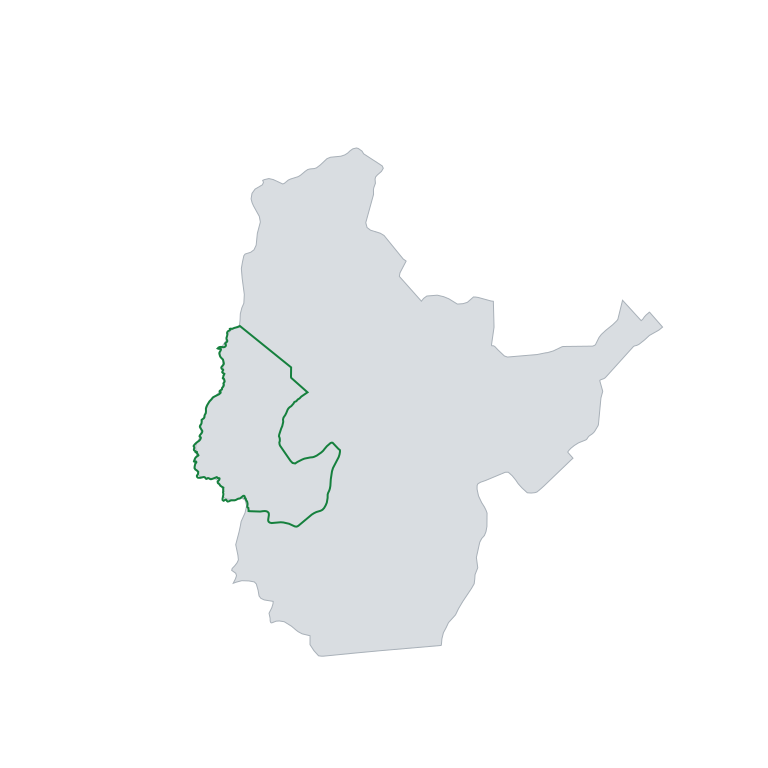 South Sudan, with Western Equatoria highlighted, rotated 48°
{"feature_id": "SDS-864", "entity_name": "Western Equatoria", "entity_type": "State", "adm_level": 1, "iso_a3": "SSD", "parent_name": "South Sudan", "parent_adm1": "", "projection": "equal_earth", "projection_center": [28.334, 5.546], "detail": "fine", "context": "in_parent", "style": "outline", "palette": "green", "viewbox_px": 768, "rotation_deg": 48, "n_neighbors": 0, "source": "natural_earth", "source_scale": "10m", "svg_char_len": 8291}
<svg xmlns="http://www.w3.org/2000/svg" viewBox="0 0 768 768"><g transform="rotate(48 384 384)"><path d="M562.6,588.2L545.6,611.3L544.3,612.7L542.2,614.5L535.3,614.5L528.2,613.4L521.6,607.4L514.9,612.0L510.7,613.5L508.2,614.0L502.2,614.8L493.9,617.2L490.1,620.3L488.1,622.8L486.4,627.3L485.6,627.8L484.0,627.2L481.9,625.4L477.4,622.8L475.2,617.1L473.1,613.6L471.4,611.8L464.3,617.5L460.9,618.9L458.0,618.7L452.9,615.5L447.2,612.7L444.3,612.8L439.9,616.2L435.0,621.3L432.4,626.4L431.2,629.4L429.4,624.8L427.8,621.9L425.4,620.8L420.6,621.9L419.5,620.3L419.2,616.3L418.5,612.7L417.3,609.9L413.6,607.2L404.2,601.7L396.9,590.6L393.2,585.5L390.6,582.2L386.8,573.5L382.5,567.5L377.2,564.8L373.8,566.1L370.2,572.5L363.5,578.5L360.5,578.8L356.5,575.5L351.6,573.2L342.7,572.2L339.0,575.0L334.2,579.6L330.1,582.4L327.6,582.7L325.2,581.6L322.6,581.0L320.3,580.9L315.5,576.7L313.0,573.6L311.4,570.6L308.7,568.6L305.6,566.9L303.3,564.3L302.2,561.0L300.5,556.7L298.2,552.9L290.9,546.1L288.7,542.0L287.2,538.1L284.3,533.7L281.1,527.9L280.1,519.4L280.0,512.5L279.3,509.3L278.0,506.2L276.4,503.5L273.9,500.4L268.0,496.0L261.9,490.9L258.9,488.0L253.4,486.9L250.1,484.0L247.3,477.5L246.2,472.4L243.4,468.4L242.2,465.5L241.5,462.2L243.7,452.1L240.5,448.5L235.7,443.8L232.3,438.7L230.2,434.1L224.0,427.9L210.6,418.7L202.8,412.8L198.6,407.5L194.9,402.3L194.5,400.2L196.9,395.0L197.3,390.8L195.3,386.1L187.3,377.3L180.9,367.5L176.0,364.5L164.3,361.8L161.0,360.7L157.5,358.9L154.0,354.5L152.9,349.4L154.6,341.1L153.5,338.6L151.5,337.9L152.1,336.1L154.3,332.1L158.0,329.5L167.6,325.4L168.2,323.9L168.4,318.7L169.2,316.2L172.5,309.0L173.0,306.2L173.2,300.1L173.6,297.2L174.6,295.2L177.3,291.6L178.2,289.5L178.6,284.8L178.4,275.6L179.7,272.0L185.9,263.6L187.5,259.9L188.1,256.5L188.0,253.1L188.4,249.8L190.2,246.5L191.8,245.5L196.2,244.5L199.3,245.1L220.7,239.4L223.2,240.2L224.3,243.6L224.2,249.0L224.5,251.6L225.7,253.5L229.1,256.1L231.4,260.4L232.6,261.9L236.1,264.9L251.9,289.6L256.4,291.9L260.7,291.1L269.4,285.9L273.7,284.6L303.9,286.1L307.3,285.3L307.5,285.4L312.1,297.8L314.3,300.6L347.5,300.8L346.9,297.3L347.3,293.3L353.1,285.7L353.9,284.8L359.1,281.2L364.1,278.8L373.7,276.0L377.2,271.5L379.1,267.4L379.2,259.3L380.4,258.0L382.7,256.1L393.8,249.0L395.7,247.4L415.4,264.2L426.4,277.4L427.1,278.1L427.7,278.3L428.2,277.8L428.7,277.2L430.1,276.6L434.8,276.5L443.7,275.8L446.6,274.2L464.5,250.6L469.0,243.0L470.1,241.5L472.7,236.1L475.4,226.9L475.9,225.9L495.4,203.7L496.1,202.0L496.3,200.6L493.3,193.1L492.6,189.4L492.5,183.5L493.0,174.5L492.8,168.8L492.5,167.2L492.4,166.9L481.4,150.7L509.0,150.5L509.0,148.5L508.9,147.8L508.4,145.9L508.1,143.3L508.1,141.8L508.2,140.5L508.2,139.8L508.1,139.1L508.2,138.8L508.3,138.6L528.1,138.9L527.9,143.5L525.5,154.3L525.6,160.8L525.1,168.2L524.4,170.4L523.4,172.2L523.1,173.1L523.1,173.9L527.4,215.4L527.1,217.1L526.0,219.7L525.8,220.5L525.7,221.2L526.2,221.6L535.3,226.1L535.8,226.4L536.1,226.8L539.5,232.1L557.6,251.8L558.2,252.8L560.1,259.0L560.3,259.9L560.4,261.4L560.4,262.6L559.9,266.3L560.1,268.0L560.4,269.1L560.7,270.3L560.7,270.7L560.5,271.7L557.9,278.8L557.0,283.9L556.8,288.2L557.0,290.7L557.3,292.3L557.5,292.9L557.8,293.1L565.6,293.2L565.6,295.5L566.8,333.0L566.8,337.3L566.6,342.6L565.7,344.6L563.5,347.6L560.7,350.3L553.7,351.0L547.8,351.0L543.7,350.4L538.0,350.1L532.7,350.7L530.7,353.0L523.7,373.0L521.6,378.0L521.0,380.9L521.7,382.7L524.4,385.2L530.5,388.7L537.5,390.8L542.7,391.7L546.2,392.7L548.9,393.8L558.8,402.9L562.0,407.1L563.8,410.8L564.2,414.8L565.7,418.8L574.7,431.4L583.3,437.3L586.6,443.9L589.8,447.2L592.8,450.7L594.5,455.9L598.3,470.9L600.8,478.9L603.4,485.3L604.5,495.8L606.5,500.5L608.6,506.3L612.1,511.5L615.8,515.4L616.5,516.5L579.4,565.6L562.6,588.2Z" fill="#d9dde1" stroke="#a8b0b8" stroke-width="1"/><path d="M248.0,475.2L247.6,474.9L247.6,473.5L247.5,472.1L246.8,471.4L245.1,470.9L244.3,470.2L243.3,468.5L242.6,467.5L241.8,466.9L241.2,466.6L240.7,466.0L240.4,464.9L240.5,463.9L240.8,462.8L240.7,462.0L239.9,461.6L240.2,461.0L240.6,460.6L241.0,460.3L241.4,459.9L242.2,457.6L243.5,455.2L244.2,453.5L244.5,452.9L244.5,452.3L245.6,452.1L309.5,441.9L316.3,448.2L316.7,448.5L317.2,448.8L317.8,448.8L339.0,446.4L338.0,454.0L338.2,456.4L337.8,458.4L338.1,460.7L337.4,462.6L338.0,464.4L338.4,467.7L338.1,469.7L338.2,471.4L338.6,472.8L340.2,476.1L341.0,478.2L341.7,481.1L342.8,482.8L344.7,484.2L347.2,487.8L348.3,490.2L351.4,495.6L352.5,497.0L353.9,497.5L355.1,498.2L355.9,498.9L356.7,499.6L357.3,500.8L358.8,501.9L360.2,502.5L378.5,504.9L381.5,504.8L383.6,503.2L384.0,500.5L385.4,495.3L386.2,493.1L389.2,488.0L390.7,486.0L391.4,484.5L392.2,481.9L392.9,476.4L392.9,473.9L392.5,471.7L392.0,468.1L392.1,463.2L392.6,462.1L393.3,461.5L401.7,461.3L403.6,461.0L404.3,461.5L405.1,462.3L406.6,464.2L408.0,466.6L412.3,478.1L414.1,481.1L419.2,487.3L423.8,492.0L425.5,494.2L426.5,495.9L427.6,498.5L428.5,499.9L430.9,502.1L433.9,505.9L435.2,508.7L436.1,511.5L436.3,513.9L435.8,515.9L433.9,519.9L433.2,522.3L432.7,525.1L432.1,541.8L432.0,542.9L431.8,543.6L431.6,544.2L431.1,544.8L430.1,545.6L424.3,548.1L419.6,551.4L417.6,553.3L412.1,560.6L410.6,561.6L409.3,561.9L408.2,561.6L407.2,560.7L404.5,557.4L403.5,556.5L402.6,556.0L401.5,556.0L400.6,556.2L399.5,556.8L398.6,557.7L397.6,558.9L396.0,561.3L388.3,569.3L387.1,570.2L387.3,569.9L387.5,569.3L387.0,568.9L386.5,568.6L385.6,567.9L385.3,567.7L384.4,568.0L384.1,568.0L383.5,567.5L382.2,566.0L381.8,565.6L380.0,564.5L379.5,564.3L378.3,564.3L377.0,563.6L376.5,563.4L376.3,563.4L375.6,563.9L375.4,563.7L375.0,563.1L374.8,563.0L373.9,562.7L373.3,562.9L372.9,563.6L372.8,565.6L372.7,566.5L372.7,567.1L372.6,567.7L371.9,568.7L371.6,569.3L371.3,570.6L371.0,571.8L370.5,572.8L368.3,575.3L367.9,576.1L367.5,577.5L366.8,578.8L366.1,579.0L365.3,578.8L364.3,578.8L363.8,579.5L363.7,580.5L363.4,581.4L362.3,581.6L361.4,581.0L358.7,577.4L358.2,576.9L356.6,576.0L356.3,575.2L355.9,575.0L353.9,573.2L353.5,572.7L351.0,573.5L350.1,573.7L348.1,573.4L346.8,573.7L346.4,573.7L345.3,573.1L345.1,572.0L345.0,570.7L344.4,569.6L343.9,569.4L343.5,569.7L343.1,570.1L342.6,570.5L341.7,570.5L341.3,570.6L339.6,575.1L339.0,576.3L338.3,576.8L336.6,577.4L336.1,577.8L336.0,578.4L335.9,579.1L335.6,579.6L335.2,579.7L334.8,579.7L334.4,579.6L334.0,579.5L333.0,579.8L332.4,580.4L330.8,583.3L330.0,584.2L329.1,585.0L328.2,585.1L327.2,584.7L326.8,584.2L326.7,583.4L326.3,582.2L324.9,580.8L323.2,580.9L321.3,581.4L319.7,581.1L318.9,580.3L318.1,579.3L316.9,577.3L316.8,576.2L316.5,575.7L315.8,575.6L315.4,576.0L314.7,577.0L314.3,577.0L313.0,574.5L312.8,574.0L312.7,573.6L312.6,573.1L312.6,572.5L312.7,571.2L312.9,570.2L312.8,569.6L310.6,569.2L310.2,569.3L309.9,569.2L309.5,568.6L309.3,568.5L308.9,568.8L308.7,568.9L308.8,569.0L308.7,569.1L308.7,569.4L308.6,569.7L308.4,569.7L307.7,569.3L307.4,569.2L306.2,569.5L305.9,569.4L305.4,569.1L304.7,568.0L304.2,567.5L303.9,567.3L302.9,567.0L302.7,567.0L302.4,566.1L302.2,564.8L302.1,562.5L302.5,559.2L302.3,557.9L302.1,557.4L301.9,556.8L301.5,556.2L301.1,555.9L300.7,555.9L299.9,556.2L299.6,556.2L299.1,555.6L298.8,554.7L298.5,552.4L297.9,551.0L297.2,550.4L293.5,549.8L292.6,549.5L291.9,548.6L291.7,548.0L291.5,546.8L291.3,546.3L291.0,545.8L289.7,544.4L289.4,544.3L289.1,544.0L288.9,543.8L288.6,543.5L288.9,541.0L288.8,540.3L288.4,539.5L287.2,538.3L286.5,536.1L285.4,534.8L283.0,532.7L282.1,531.2L281.4,529.6L280.3,526.0L280.1,525.2L279.9,522.4L279.6,520.9L279.5,520.2L279.6,519.4L281.3,513.2L281.2,512.7L281.3,511.7L281.1,511.2L280.7,510.8L280.4,510.9L280.2,511.0L279.9,511.2L279.7,511.3L279.5,511.2L279.2,510.7L279.2,510.3L279.4,509.5L279.4,508.5L279.6,508.2L279.5,507.9L278.8,507.2L278.6,506.9L278.5,506.6L278.5,506.1L278.4,505.2L278.0,504.3L277.5,503.6L276.9,503.2L276.1,502.9L275.9,502.4L275.9,501.8L275.6,500.9L275.2,500.5L273.4,499.6L273.0,499.6L272.3,500.0L271.9,500.0L271.6,499.7L271.3,498.8L270.5,498.0L270.0,496.4L269.6,495.8L267.8,496.4L266.9,496.3L266.4,495.4L266.0,494.1L265.5,494.0L264.8,494.3L263.8,494.4L262.8,493.8L262.5,492.8L262.2,490.3L261.8,489.5L261.0,488.9L258.1,487.3L255.1,487.5L253.8,487.3L251.3,486.1L250.6,485.4L250.2,484.4L249.9,483.2L249.4,482.2L248.7,481.9L247.0,483.5L246.3,483.8L246.2,482.6L246.5,481.5L247.2,480.5L248.0,479.7L248.8,479.2L249.5,478.4L249.9,477.4L249.9,476.3L249.3,475.4L248.6,475.2L248.0,475.2Z" fill="none" stroke="#15803d" stroke-width="2"/></g></svg>